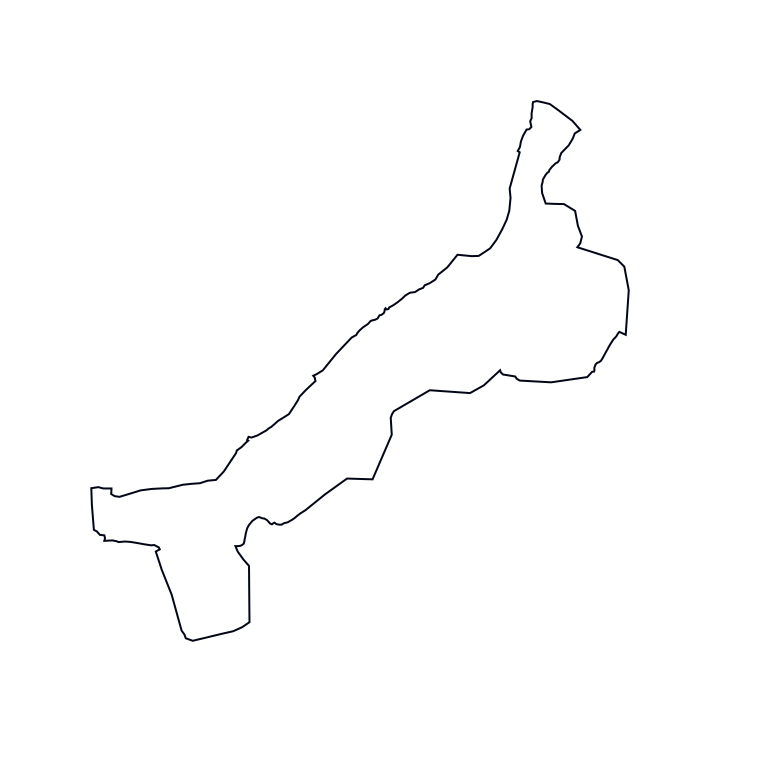 Yauri, Kebbi, Nigeria, rotated 42°
{"feature_id": "59680162B47779539071975", "entity_name": "Yauri", "entity_type": "district", "adm_level": 2, "iso_a3": "NGA", "parent_name": "Nigeria", "parent_adm1": "Kebbi", "projection": "robinson", "projection_center": [4.721, 10.768], "detail": "fine", "context": "isolated", "style": "outline", "palette": "ink", "viewbox_px": 768, "rotation_deg": 42, "n_neighbors": 0, "source": "geoboundaries", "source_scale": "gbopen_adm2", "svg_char_len": 3311}
<svg xmlns="http://www.w3.org/2000/svg" viewBox="0 0 768 768"><g transform="rotate(42 384 384)"><path d="M327.5,121.4L329.8,121.0L346.6,154.7L353.5,161.0L361.3,171.6L365.3,180.0L368.3,189.9L371.1,201.7L372.1,212.2L368.7,225.4L368.1,226.0L363.5,230.4L352.1,238.8L352.2,240.0L353.0,255.0L351.1,266.4L352.3,271.9L350.5,278.5L348.2,283.4L348.7,286.4L347.8,288.2L346.8,290.2L346.7,290.4L345.6,294.8L345.0,295.6L342.2,298.8L341.8,300.1L340.6,304.2L340.3,308.6L339.4,314.1L338.1,319.6L336.6,323.7L336.9,324.3L337.1,325.2L337.0,325.6L336.6,326.2L336.1,326.8L335.6,326.9L334.5,326.7L334.5,327.9L335.1,328.6L335.8,329.7L336.4,331.4L336.1,333.2L335.7,334.7L334.7,335.9L334.7,336.0L335.4,339.5L334.4,342.2L333.9,342.9L332.0,345.7L331.9,346.3L331.9,350.2L330.5,355.8L330.0,360.6L330.0,363.4L330.6,366.2L328.9,371.0L328.6,381.6L328.3,394.1L329.4,414.7L327.5,421.4L325.9,425.2L328.2,425.5L331.1,427.7L330.0,440.1L329.7,449.9L330.9,453.7L332.0,460.0L333.5,470.0L332.1,475.0L330.0,482.3L328.9,491.4L328.0,494.2L327.6,497.4L326.8,499.7L324.2,507.3L323.5,508.6L321.3,512.5L318.7,513.9L319.1,515.1L319.8,517.3L321.0,517.0L320.6,520.1L320.3,526.5L319.1,531.8L320.3,534.4L323.5,556.3L323.4,561.7L323.3,567.1L323.3,567.7L322.4,568.7L317.7,573.8L313.6,580.9L308.2,586.5L301.9,593.5L293.8,605.5L289.2,609.8L281.7,617.3L274.4,625.8L268.9,635.0L262.9,644.9L258.8,647.6L254.9,648.3L251.4,644.0L245.2,649.5L240.7,651.8L236.2,657.3L247.9,669.4L266.0,686.5L269.3,685.7L273.9,686.2L277.4,683.6L279.8,685.2L281.1,687.7L286.8,682.0L290.6,679.7L292.5,679.1L296.9,674.4L301.4,670.9L307.3,667.1L313.0,663.6L318.9,659.7L321.0,657.4L326.1,656.1L328.0,656.9L326.5,661.2L339.4,668.6L342.8,670.6L367.1,682.6L398.6,702.7L403.3,703.7L406.8,705.6L413.7,702.8L430.8,677.9L437.3,668.7L441.3,659.7L443.4,651.0L427.9,634.1L405.4,609.5L396.9,608.5L387.4,606.4L382.1,603.9L383.6,602.5L385.5,600.5L386.3,598.4L386.6,596.4L385.4,594.2L384.2,592.4L382.8,589.9L381.2,587.4L379.8,584.7L378.8,582.6L378.0,579.1L377.8,573.7L378.5,570.5L379.0,568.5L380.1,566.5L383.7,565.1L385.0,564.1L388.1,563.4L392.7,563.9L394.6,563.3L394.9,561.6L395.4,560.3L397.8,560.1L399.8,559.0L402.0,557.1L402.8,554.4L403.8,553.0L405.1,550.9L406.5,546.6L407.3,543.2L407.8,539.4L408.6,535.5L410.1,530.2L410.9,525.0L414.0,505.6L419.8,479.0L439.3,462.5L423.7,416.5L411.7,404.7L410.3,401.5L409.5,397.6L422.2,358.0L454.0,333.2L459.1,318.2L461.1,296.1L462.9,297.2L466.1,297.3L476.5,290.6L479.0,291.3L482.6,290.6L507.1,270.9L530.4,242.9L530.5,238.4L530.5,235.6L531.8,234.2L531.1,232.8L529.6,231.4L528.1,227.9L528.3,225.7L529.3,223.7L529.7,221.6L529.2,218.6L527.5,211.6L527.0,209.3L525.9,204.8L525.0,199.8L524.6,197.0L524.8,195.3L524.7,192.8L524.1,190.0L524.0,187.8L526.5,187.0L530.7,185.7L503.2,150.6L484.1,136.0L474.8,135.5L436.2,153.0L435.7,148.1L432.4,141.9L422.4,136.8L410.2,127.5L397.3,129.9L391.2,135.2L383.4,141.7L373.6,136.2L368.3,131.0L366.7,127.7L365.3,125.8L364.2,120.7L364.0,117.8L364.5,116.0L363.7,114.2L363.5,110.4L363.9,104.8L364.8,103.1L364.3,99.7L362.9,98.1L361.2,93.8L361.3,89.4L361.6,83.1L360.1,75.5L358.1,70.1L359.9,63.8L347.9,62.4L330.2,63.9L319.9,65.0L313.9,68.2L308.2,71.5L306.1,74.7L307.3,76.7L309.1,78.6L312.5,84.0L315.8,87.6L316.9,91.0L321.5,94.3L321.5,97.4L319.7,99.5L321.2,106.4L323.6,112.4L326.4,116.8L327.5,121.4Z" fill="none" stroke="#020617" stroke-width="2"/></g></svg>